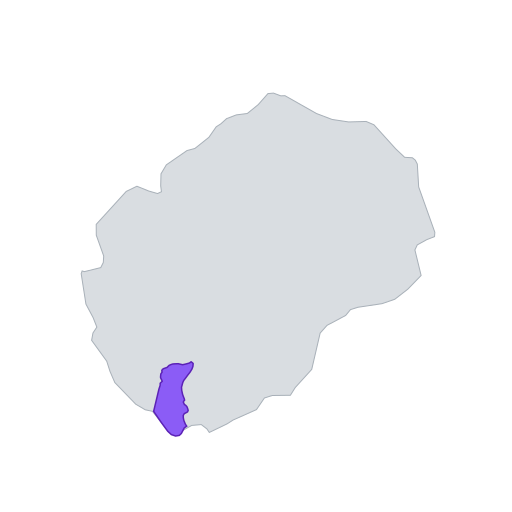 Ohrid highlighted on a map of North Macedonia, rotated 338°
{"feature_id": "MKD-2898", "entity_name": "Ohrid", "entity_type": "Statistical Region", "adm_level": 1, "iso_a3": "MKD", "parent_name": "North Macedonia", "parent_adm1": "", "projection": "albers", "projection_center": [20.864, 41.072], "detail": "fine", "context": "in_parent", "style": "filled", "palette": "violet", "viewbox_px": 512, "rotation_deg": 338, "n_neighbors": 0, "source": "natural_earth", "source_scale": "10m", "svg_char_len": 1996}
<svg xmlns="http://www.w3.org/2000/svg" viewBox="0 0 512 512"><g transform="rotate(338 256 256)"><path d="M231.6,132.4L239.6,133.4L256.8,128.3L267.5,121.3L272.9,120.3L280.2,117.6L290.6,117.8L301.3,120.6L314.7,116.5L327.9,109.9L333.2,111.5L339.0,116.8L342.9,118.2L365.4,146.5L377.7,157.9L392.1,166.4L408.5,172.5L414.5,178.5L425.6,208.8L430.8,220.2L437.8,223.5L439.6,226.8L440.0,231.2L432.7,252.9L430.7,301.0L428.8,304.9L420.6,304.8L409.7,306.1L405.6,309.9L401.8,335.9L384.4,343.6L368.5,348.1L355.0,347.4L331.2,341.7L323.5,341.1L316.9,344.7L295.9,346.9L286.6,351.5L265.2,382.0L243.2,392.6L235.7,398.0L218.7,391.4L210.6,390.8L198.9,398.6L173.3,399.5L166.4,400.8L146.6,402.1L145.7,397.9L142.1,391.8L132.9,389.0L114.0,391.4L109.4,386.9L101.8,361.2L95.7,357.1L89.0,348.4L77.7,320.5L77.4,308.3L78.2,297.6L72.0,272.6L76.0,266.3L81.8,262.3L81.9,252.2L80.3,236.9L87.3,206.9L89.2,204.7L91.0,206.2L107.7,208.6L112.0,204.8L114.8,198.9L115.7,176.9L119.7,166.8L159.9,147.5L171.7,146.7L180.8,155.5L188.1,161.2L192.4,161.0L193.9,155.3L198.7,144.2L207.0,137.9L231.4,132.4L231.6,132.4Z" fill="#d9dde1" stroke="#a8b0b8" stroke-width="1"/><path d="M117.7,393.6L114.0,392.8L112.5,391.5L110.6,389.9L108.5,385.4L105.7,374.3L102.9,361.7L116.1,343.1L118.7,340.0L119.5,338.1L121.2,337.4L122.1,337.0L122.1,335.5L121.9,333.2L122.4,331.9L123.6,329.7L125.4,328.5L125.7,327.0L126.7,326.1L128.2,325.8L131.8,326.0L134.3,324.9L135.8,324.8L138.2,324.9L140.1,325.5L143.5,326.7L147.2,329.3L150.1,329.8L154.1,330.3L156.2,329.8L157.2,331.4L157.4,332.3L156.1,334.8L154.3,336.8L151.2,339.1L148.2,340.8L145.8,342.3L142.4,344.3L140.7,345.9L139.2,347.9L137.8,349.7L136.8,352.7L136.1,356.8L136.0,359.4L136.0,361.4L135.8,362.9L134.6,363.5L133.9,364.2L133.9,365.2L134.0,367.0L134.8,367.9L135.5,369.8L135.5,371.5L135.3,373.7L134.1,374.9L132.6,375.1L130.4,375.3L128.8,376.6L128.0,378.8L127.5,381.4L127.5,383.6L127.5,385.4L127.7,386.5L128.0,387.8L125.1,388.5L120.3,392.6L117.7,393.6Z" fill="#8b5cf6" stroke="#5b21b6" stroke-width="1.5"/></g></svg>